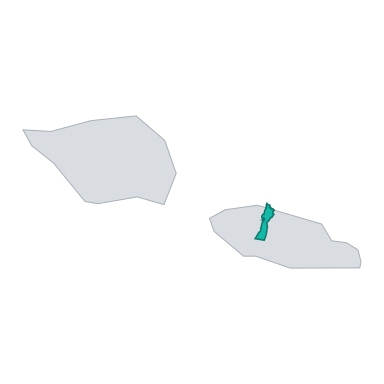 location of Faleata West, Tuamasaga, Samoa
{"feature_id": "51752279B40564950197350", "entity_name": "Faleata West", "entity_type": "district", "adm_level": 2, "iso_a3": "WSM", "parent_name": "Samoa", "parent_adm1": "Tuamasaga", "projection": "orthographic", "projection_center": [-171.814, -13.871], "detail": "fine", "context": "in_parent", "style": "filled", "palette": "teal", "viewbox_px": 384, "rotation_deg": 0, "n_neighbors": 0, "source": "geoboundaries", "source_scale": "gbopen_adm2", "svg_char_len": 3560}
<svg xmlns="http://www.w3.org/2000/svg" viewBox="0 0 384 384"><path d="M136.2,115.9L164.8,140.5L176.2,173.3L164.0,204.6L137.1,196.9L98.0,203.7L85.0,201.5L53.6,163.1L31.9,145.9L23.0,129.8L50.7,131.5L91.1,120.6L136.2,115.9ZM359.8,267.9L290.2,268.1L255.8,256.2L243.6,256.2L214.1,231.4L209.5,218.4L225.0,209.8L257.2,205.2L321.8,224.1L331.6,240.8L346.4,242.7L358.0,249.9L361.0,261.7L359.8,267.9Z" fill="#d9dde1" stroke="#a8b0b8" stroke-width="1"/><path d="M266.9,229.0L267.6,227.1L267.5,226.8L267.3,226.6L267.3,226.4L267.3,226.2L267.3,225.9L267.1,225.5L267.0,225.3L267.0,225.1L267.1,224.9L267.1,224.6L267.1,224.4L266.9,224.1L266.9,223.9L266.6,223.8L266.7,223.5L266.7,223.4L266.9,223.2L267.0,223.0L267.0,222.9L266.9,222.8L267.0,222.6L267.1,222.4L267.3,222.2L267.4,221.9L267.6,221.9L267.7,221.7L267.8,221.6L268.1,221.3L268.2,221.2L268.3,221.1L268.5,221.0L268.5,220.8L268.6,220.7L268.9,220.5L268.9,220.4L269.2,220.2L269.2,219.8L269.2,219.7L269.3,219.6L269.5,219.7L269.7,219.2L269.9,218.9L270.1,218.7L270.4,218.6L270.5,218.5L270.5,218.2L270.5,217.9L270.8,217.7L271.0,217.4L271.3,217.3L271.6,217.4L271.9,217.4L272.0,217.3L272.1,217.1L272.3,216.8L272.3,216.7L272.2,216.6L272.3,216.4L272.6,216.3L272.7,216.2L272.8,216.1L272.8,215.9L273.0,215.7L273.2,215.4L273.3,215.2L273.5,214.9L273.6,214.7L273.7,214.4L273.7,214.2L273.9,214.1L273.7,213.8L273.6,213.7L273.6,213.9L273.4,213.9L273.2,213.8L273.2,213.7L272.7,213.5L272.5,213.4L272.6,213.0L272.6,212.9L272.7,212.5L272.8,212.2L272.9,211.9L273.0,211.7L273.2,211.4L273.4,211.3L273.7,211.0L273.8,210.9L273.8,210.7L274.1,210.5L274.1,210.3L273.8,210.4L273.7,210.4L273.8,210.2L273.7,210.2L273.8,210.1L273.9,209.9L273.6,209.6L273.3,209.4L273.1,209.3L273.1,209.1L272.9,209.0L272.9,208.9L272.7,208.8L272.4,209.0L272.2,209.1L272.1,208.9L271.9,209.1L271.6,209.0L271.6,208.9L271.4,208.9L271.4,208.7L271.7,208.5L271.6,208.4L271.4,208.3L271.3,208.1L271.2,208.1L271.3,207.9L271.5,207.9L271.4,207.9L271.2,207.9L271.1,208.0L270.9,208.0L270.7,208.0L270.7,207.9L270.7,207.7L270.4,207.6L270.2,207.7L270.1,207.8L269.9,207.6L270.0,207.5L270.0,207.4L269.8,207.4L269.7,207.3L269.7,207.2L269.7,206.9L269.8,206.7L269.9,206.4L270.0,206.3L269.9,206.2L270.0,206.0L270.0,205.9L269.9,205.8L269.8,205.7L269.9,205.4L269.8,205.5L269.6,205.5L269.6,205.4L269.4,205.3L269.5,205.1L269.4,205.1L269.1,205.0L268.9,205.0L268.8,204.9L268.7,204.9L268.8,204.7L268.7,204.6L268.4,204.6L268.2,204.7L267.9,204.6L267.7,204.4L267.4,204.2L267.2,204.0L267.2,203.9L267.1,203.7L266.9,203.4L266.7,203.9L266.4,204.3L266.4,204.6L266.1,207.4L266.0,207.8L266.4,207.8L266.2,208.2L266.1,208.3L265.9,208.6L265.8,208.8L265.6,209.0L265.4,209.3L265.2,209.6L265.0,209.9L264.8,210.4L264.7,210.6L264.6,210.9L264.5,211.4L264.5,211.9L264.3,213.1L264.1,213.4L264.0,213.5L263.9,214.4L263.2,214.2L262.9,214.2L262.8,214.6L262.6,215.0L262.4,215.3L262.3,215.5L262.0,215.7L261.9,215.9L261.7,216.2L261.7,216.3L261.8,216.6L261.8,217.4L261.8,217.7L262.0,217.7L262.9,217.8L263.9,218.0L264.3,218.3L262.3,219.6L262.5,219.6L262.9,219.4L263.1,219.3L263.3,219.3L263.5,219.3L263.9,219.3L264.3,219.4L263.8,221.0L263.6,221.0L263.5,220.9L263.2,220.8L262.8,220.6L261.6,224.8L261.5,225.2L261.5,225.5L261.4,225.7L261.3,226.0L261.2,226.9L261.0,227.4L261.0,227.8L260.9,227.9L260.7,228.2L260.9,228.3L261.0,228.4L261.0,228.6L260.9,228.8L260.8,229.5L260.8,229.9L260.8,230.2L260.7,230.3L260.5,230.8L260.4,231.0L260.3,231.3L260.1,231.6L259.9,231.9L259.5,231.9L259.0,232.2L255.1,238.7L257.2,239.0L261.5,239.8L262.9,240.0L264.2,240.3L266.0,235.5L266.9,230.7L266.9,229.0Z" fill="#14b8a6" stroke="#0f766e" stroke-width="1.5"/></svg>